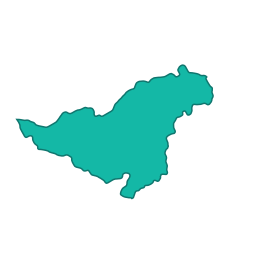 Janico, Santiago, Dominican Republic (Natural Earth projection), rotated 60°
{"feature_id": "3306468B30631228592753", "entity_name": "Janico", "entity_type": "district", "adm_level": 2, "iso_a3": "DOM", "parent_name": "Dominican Republic", "parent_adm1": "Santiago", "projection": "natural_earth1", "projection_center": [-70.782, 19.24], "detail": "fine", "context": "isolated", "style": "filled", "palette": "teal", "viewbox_px": 256, "rotation_deg": 60, "n_neighbors": 0, "source": "geoboundaries", "source_scale": "gbopen_adm2", "svg_char_len": 5871}
<svg xmlns="http://www.w3.org/2000/svg" viewBox="0 0 256 256"><g transform="rotate(60 128 128)"><path d="M163.8,102.2L162.5,101.8L161.0,101.0L160.3,100.8L159.6,100.7L157.5,100.4L156.8,100.3L156.2,100.0L155.6,99.5L155.2,98.9L154.9,98.2L154.8,97.3L154.7,96.5L154.8,94.7L154.9,93.4L155.1,92.6L155.7,90.7L155.6,90.1L155.3,89.5L154.9,89.0L154.6,88.9L153.9,88.6L151.5,88.4L150.4,88.2L147.7,86.8L147.1,86.4L146.6,85.9L146.2,85.3L145.2,83.3L143.7,81.1L143.5,80.4L143.5,79.7L144.0,78.2L144.2,77.1L144.2,75.9L144.1,74.8L143.9,74.1L143.5,73.7L142.2,73.2L141.7,72.9L141.5,72.6L141.3,72.0L141.3,71.3L141.4,71.0L141.7,70.3L142.3,70.0L143.3,69.9L145.5,70.0L146.2,69.9L146.5,69.7L146.8,69.5L147.1,68.9L147.3,68.1L147.2,67.4L147.1,66.6L146.9,66.3L146.5,65.6L145.9,65.0L145.1,64.1L144.4,63.7L142.8,62.9L142.2,62.5L141.1,61.4L140.7,60.8L140.4,60.1L140.4,59.4L140.7,58.7L142.0,56.9L142.4,56.2L143.8,53.2L144.0,52.5L144.4,50.6L144.8,49.5L145.2,49.0L145.7,48.5L147.3,47.6L147.8,47.1L148.0,46.5L148.1,45.9L148.0,45.3L147.2,43.4L146.9,42.7L146.4,42.2L146.0,41.7L144.7,40.7L143.8,39.3L143.4,38.8L142.6,38.2L141.9,38.0L139.8,37.6L138.9,37.4L138.4,37.0L137.6,36.3L135.8,35.2L135.2,35.1L134.9,35.1L133.2,35.8L131.7,36.0L128.0,36.1L125.6,36.0L124.5,35.9L123.9,35.6L123.5,35.1L123.2,34.3L121.9,34.7L121.1,35.3L120.4,36.1L119.8,37.4L119.2,38.3L118.5,39.0L117.3,39.6L116.6,40.1L115.4,41.2L114.0,42.8L112.6,44.5L111.9,45.5L111.1,46.7L110.7,47.2L110.4,47.4L109.7,47.6L109.0,47.7L104.1,47.6L103.4,47.6L102.6,47.8L101.9,48.1L101.4,48.6L100.9,49.1L100.6,49.9L100.5,51.1L100.6,51.9L100.7,52.7L101.2,53.6L101.9,54.8L102.5,55.6L102.8,55.8L103.5,56.0L106.4,56.1L107.0,56.3L107.4,56.4L107.7,56.6L107.9,57.0L108.1,57.3L108.2,58.1L108.2,59.3L108.0,60.1L107.9,60.4L107.4,61.0L106.8,61.2L105.2,61.6L104.6,61.9L103.0,62.9L102.5,63.3L102.4,63.6L102.1,64.4L102.0,65.2L102.0,69.5L101.9,70.3L101.7,71.2L100.9,73.2L100.3,74.6L99.3,76.5L98.7,77.9L98.0,79.5L97.6,80.7L97.6,82.1L97.6,83.4L97.9,84.7L98.4,85.9L98.6,86.5L98.7,87.2L98.6,87.5L98.3,88.0L96.5,89.5L95.7,90.4L95.0,91.3L93.4,94.7L93.2,95.4L93.1,96.6L93.2,97.8L93.5,98.6L94.2,99.6L96.3,102.1L96.7,102.7L96.8,103.1L96.8,103.8L96.3,105.7L96.1,106.9L96.0,109.1L96.2,110.9L96.3,111.7L97.3,114.1L97.9,116.8L98.7,118.8L99.3,121.5L99.5,122.2L100.2,123.9L100.8,126.6L101.1,127.3L101.5,128.0L104.1,131.3L104.6,132.0L104.9,132.8L105.1,134.0L105.1,135.8L105.1,142.1L105.1,143.4L105.0,144.2L104.7,144.9L104.5,145.2L104.1,145.5L102.8,146.2L102.5,146.6L102.3,147.3L102.0,149.5L101.6,150.2L101.4,150.4L101.1,150.6L100.4,150.7L99.5,150.6L98.8,150.3L97.4,149.4L96.3,149.1L94.7,149.0L93.5,149.2L92.9,149.5L92.1,150.3L91.7,150.9L91.1,152.2L90.8,152.7L90.1,153.5L89.2,154.3L88.8,154.9L88.6,156.0L88.4,159.0L88.2,160.2L88.0,161.0L87.3,162.7L87.2,163.5L87.0,165.2L87.0,168.7L86.9,169.6L86.8,170.4L86.5,171.1L85.8,171.9L85.3,172.3L83.9,173.1L83.1,173.8L82.8,174.5L82.7,174.8L82.5,175.6L82.5,176.8L82.8,177.9L83.6,179.5L84.2,181.0L85.2,182.9L85.8,184.3L86.5,186.0L86.9,187.1L87.0,189.3L87.0,195.0L86.9,196.9L86.7,197.9L86.2,198.9L85.4,199.8L81.6,204.1L80.2,205.4L79.6,205.9L79.0,206.2L77.0,206.6L76.3,206.9L75.7,207.3L73.6,209.2L72.1,210.0L71.5,210.5L71.1,211.0L70.7,211.6L70.1,212.9L69.6,213.9L66.5,217.6L65.0,220.0L68.3,219.8L70.6,220.0L71.8,220.3L73.6,221.2L74.3,221.4L75.1,221.5L77.1,221.6L83.4,221.7L84.4,221.5L85.0,221.1L85.2,220.8L85.4,220.1L85.5,217.9L85.7,216.8L85.9,216.5L86.3,215.9L86.8,215.4L87.1,215.3L87.8,215.2L88.4,215.3L90.5,216.3L91.2,216.5L92.3,216.6L93.8,216.7L95.2,216.5L95.9,216.3L97.4,215.6L98.0,215.4L99.0,215.5L100.5,216.3L101.1,216.3L101.4,216.2L101.9,215.9L103.0,214.2L104.5,212.3L105.9,210.7L107.0,209.6L107.9,208.8L109.5,208.0L110.1,207.5L110.9,206.8L113.4,204.3L114.2,203.6L115.5,203.0L116.1,202.5L117.0,201.8L118.0,200.6L119.0,199.4L119.6,198.4L119.9,197.7L120.3,195.4L120.6,194.7L121.2,193.9L121.8,193.4L124.4,192.0L125.1,191.8L125.7,191.8L126.4,192.0L127.5,192.7L128.1,192.9L129.6,193.2L131.4,193.3L133.3,193.3L134.4,193.2L135.1,192.9L135.7,192.5L136.3,192.0L138.4,189.8L139.3,189.0L140.2,188.5L142.2,188.0L142.6,187.9L143.1,187.5L143.6,186.9L143.9,186.3L144.4,184.4L144.7,183.8L145.0,183.6L145.3,183.4L145.9,183.3L149.1,183.1L150.1,182.9L150.8,182.5L151.3,182.0L153.5,179.7L154.3,179.0L154.9,178.5L156.2,177.9L157.6,177.0L161.0,175.3L162.0,175.0L163.7,174.9L164.6,174.6L164.9,174.4L165.1,174.1L165.2,173.7L165.4,173.0L165.4,171.8L165.3,167.4L165.4,166.1L165.6,165.3L165.8,164.5L166.6,162.9L167.2,161.5L167.8,160.3L168.0,159.6L168.1,159.3L168.0,158.5L168.0,158.1L167.6,157.5L167.0,156.8L166.0,156.1L165.6,155.6L165.4,154.9L165.4,153.8L165.5,153.0L166.1,151.9L167.1,150.7L168.0,150.0L168.7,149.8L169.5,149.8L170.2,150.1L170.8,150.5L171.6,151.4L172.2,152.4L172.6,153.1L173.2,154.5L173.8,155.3L174.6,156.0L175.7,156.7L176.5,157.4L176.9,157.9L177.2,158.6L177.3,159.4L177.5,162.2L177.9,163.4L178.5,164.4L179.4,165.7L180.5,166.8L181.3,167.4L181.9,167.6L182.5,167.5L184.5,166.5L185.1,166.1L186.3,165.1L187.8,163.3L188.8,162.1L189.5,160.9L189.9,160.4L190.4,160.1L191.0,159.9L191.0,158.2L187.6,154.3L187.2,153.7L186.9,153.0L186.8,152.7L186.8,152.0L187.4,150.6L187.5,150.0L187.4,149.4L186.9,147.9L186.8,146.8L187.0,146.1L187.4,144.9L187.5,144.0L187.3,143.4L186.6,142.5L186.5,142.0L186.6,141.4L187.4,139.8L187.7,139.0L187.9,137.7L188.0,136.4L187.9,135.1L187.7,133.9L187.4,133.3L186.6,132.4L186.5,131.8L186.5,131.5L186.8,130.9L187.2,130.4L187.7,130.0L188.4,129.5L188.9,129.0L189.1,128.4L189.1,127.7L188.7,126.8L187.7,125.1L187.3,124.7L186.4,124.3L184.9,122.6L185.2,121.5L185.5,120.8L187.0,118.6L187.3,118.0L187.3,117.6L187.1,117.0L186.7,116.5L186.2,116.1L185.9,116.0L183.9,115.5L183.3,115.2L182.7,114.8L180.9,113.3L180.3,112.9L179.2,112.6L176.7,112.2L176.0,112.0L175.1,111.4L173.4,109.8L172.7,109.4L171.7,109.1L169.2,108.9L168.1,108.5L167.5,108.0L166.4,106.8L166.0,106.2L165.6,105.4L165.3,103.9L163.8,102.2Z" fill="#14b8a6" stroke="#0f766e" stroke-width="1.5"/></g></svg>